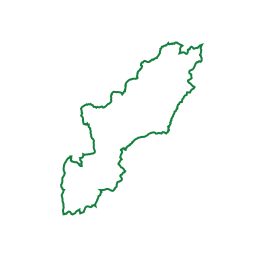 the district of Castilla, Arequipa, Peru, rotated 18°
{"feature_id": "86281439B71643834845538", "entity_name": "Castilla", "entity_type": "district", "adm_level": 2, "iso_a3": "PER", "parent_name": "Peru", "parent_adm1": "Arequipa", "projection": "albers", "projection_center": [-72.31, -15.634], "detail": "fine", "context": "isolated", "style": "outline", "palette": "green", "viewbox_px": 256, "rotation_deg": 18, "n_neighbors": 0, "source": "geoboundaries", "source_scale": "gbopen_adm2", "svg_char_len": 5835}
<svg xmlns="http://www.w3.org/2000/svg" viewBox="0 0 256 256"><g transform="rotate(18 128 128)"><path d="M109.0,223.9L111.8,221.6L112.0,217.2L112.6,215.7L114.0,214.9L117.0,214.8L118.0,213.8L117.9,212.9L118.4,212.8L118.9,212.2L119.5,211.8L121.2,212.3L120.3,210.9L121.1,206.3L120.9,205.5L121.1,205.1L121.2,202.9L121.0,201.9L122.3,200.6L122.2,197.8L122.6,197.3L122.4,196.7L121.6,196.4L121.3,195.6L121.0,195.5L122.8,195.0L124.9,193.9L126.4,192.7L127.4,192.3L128.6,192.2L131.6,192.7L132.6,192.6L133.2,192.3L133.8,191.3L133.9,190.5L134.2,190.3L134.1,189.7L134.4,188.6L135.0,188.0L135.3,187.1L134.7,185.2L134.8,183.6L134.6,183.1L135.0,182.4L135.8,181.8L136.5,181.6L137.0,180.7L137.6,180.3L138.2,178.9L137.3,177.4L135.9,176.6L135.4,175.8L135.7,174.7L136.4,174.5L136.8,173.5L137.0,172.2L138.3,171.3L138.7,169.9L137.9,169.7L136.5,168.3L134.6,167.5L133.8,167.6L133.2,167.3L131.8,166.1L130.4,165.5L129.9,165.0L129.9,164.7L130.6,163.3L130.4,162.7L131.0,160.5L131.7,159.8L130.6,158.8L129.7,158.5L129.5,155.7L129.9,154.5L129.7,154.1L129.9,152.9L129.3,151.8L128.0,151.2L128.0,150.8L128.8,150.3L129.0,149.4L129.8,148.9L130.1,148.9L130.3,148.5L131.2,149.1L131.3,149.5L132.5,149.5L132.6,147.5L132.4,147.2L133.0,146.3L133.1,145.8L134.7,144.0L134.7,143.7L135.1,143.6L135.0,142.9L136.4,141.4L136.3,140.2L137.3,139.4L137.3,138.5L138.7,136.3L139.7,135.5L140.7,134.1L141.3,133.9L143.7,132.3L144.2,132.2L144.9,131.7L145.5,131.7L146.5,131.2L148.9,128.6L149.5,127.3L151.5,125.5L152.2,125.2L152.5,124.8L154.1,124.1L155.5,124.2L156.3,124.7L157.4,124.3L158.6,123.2L160.2,123.1L160.7,122.8L161.5,122.9L162.4,121.1L164.1,120.9L165.3,121.4L166.1,121.3L166.2,120.5L166.8,120.0L167.3,119.1L167.0,118.2L167.5,117.7L167.6,117.1L166.7,116.6L166.5,115.2L165.9,114.6L166.5,114.2L166.1,113.6L166.8,112.8L167.1,110.9L167.1,110.2L166.5,109.9L166.6,108.5L166.9,107.6L166.5,107.4L166.7,106.4L166.4,105.9L166.8,104.9L166.7,104.1L167.2,103.3L167.0,101.5L167.3,101.0L167.5,99.1L167.2,98.0L168.0,97.3L168.3,96.7L168.3,95.1L168.7,94.9L169.0,94.2L168.3,93.0L168.5,92.7L168.3,90.6L168.5,90.1L169.2,89.5L169.2,88.3L169.7,87.2L171.2,86.7L170.8,84.2L171.6,82.3L171.5,81.2L172.2,79.4L173.5,78.5L173.2,75.9L176.1,75.0L176.1,73.9L176.6,72.0L178.3,70.1L178.7,68.7L178.5,68.3L178.0,68.2L177.1,68.4L173.6,66.4L172.4,66.2L171.4,65.7L170.5,64.9L170.4,64.1L172.3,62.2L173.1,61.0L172.0,58.8L171.6,57.5L169.6,57.0L169.0,56.1L168.8,55.3L169.0,54.6L169.6,53.8L171.4,52.3L171.9,51.2L172.4,47.5L172.4,45.8L173.2,44.1L174.1,44.0L174.3,43.2L174.9,42.5L176.3,42.8L177.2,41.4L176.4,38.6L175.4,37.8L175.1,36.9L174.1,36.6L173.8,36.2L174.2,34.9L173.6,31.2L172.4,29.7L172.5,28.4L172.3,27.8L172.6,26.0L171.0,27.2L170.6,28.3L170.0,28.8L169.6,30.2L167.6,31.1L166.4,32.2L166.0,32.3L164.1,31.2L163.1,31.1L162.3,32.6L162.4,33.9L161.3,34.4L160.9,34.9L161.3,35.3L161.0,35.7L161.5,37.9L160.9,39.4L159.9,39.5L159.0,39.0L157.7,38.8L156.7,39.1L153.9,41.1L153.9,38.6L153.0,36.3L153.2,34.5L154.3,32.9L153.0,32.5L151.8,32.6L149.6,32.0L148.7,32.1L148.1,31.6L146.6,32.2L146.0,32.7L146.1,33.5L144.7,33.8L144.3,34.3L143.8,34.1L143.6,34.6L142.7,34.7L141.8,35.3L140.7,35.4L140.5,35.2L140.5,35.5L140.2,35.5L140.3,35.7L140.1,35.7L139.5,36.5L138.7,37.1L138.5,38.0L137.1,38.5L136.4,39.6L135.3,40.0L135.1,40.3L135.1,41.6L134.3,42.7L134.8,43.4L134.6,45.1L135.2,46.8L134.4,50.2L133.8,51.6L133.8,52.4L133.1,52.7L132.9,53.1L131.4,54.2L131.2,55.1L130.4,55.5L129.9,55.4L129.6,56.1L129.4,56.2L129.3,56.5L128.4,57.3L128.4,57.7L127.4,58.9L126.1,59.2L123.7,59.0L123.0,59.1L122.3,59.9L122.1,60.9L121.3,61.1L120.9,62.2L120.6,62.4L120.9,64.3L122.1,64.6L122.3,64.9L122.1,65.7L122.4,66.4L122.1,67.5L121.8,67.7L121.3,68.5L121.4,69.2L120.3,70.9L120.0,72.1L120.3,72.8L120.1,73.1L120.5,74.7L120.6,76.4L121.3,76.8L121.2,77.4L121.5,77.5L121.5,77.8L120.1,78.9L119.3,78.9L116.8,80.0L116.4,80.7L115.7,80.8L114.7,81.5L113.7,82.8L112.5,85.1L112.2,86.5L112.5,87.6L112.3,88.0L112.8,88.4L112.6,89.1L113.1,89.8L113.3,91.8L113.5,92.1L113.2,92.5L113.8,94.0L113.1,94.3L112.8,95.1L112.8,96.4L112.4,96.7L112.1,97.8L110.8,96.6L109.7,96.5L106.5,97.1L106.1,97.5L103.4,97.9L102.5,98.8L102.0,100.3L102.2,100.9L101.8,101.2L102.1,102.0L101.9,103.0L102.9,104.6L103.0,106.1L103.7,107.2L103.9,108.1L102.8,110.4L101.5,111.5L100.3,113.9L99.4,115.2L98.6,116.0L97.7,116.2L97.0,115.6L96.1,115.8L94.4,117.3L92.2,117.4L91.6,118.5L90.4,118.0L88.9,118.5L88.3,118.1L87.7,117.4L85.6,117.1L85.0,116.7L84.5,117.3L83.1,117.5L82.2,118.4L81.3,118.3L81.0,118.9L79.9,119.7L77.9,122.2L77.3,124.1L78.8,126.2L79.0,127.3L79.9,128.0L79.6,129.9L79.7,130.8L80.0,131.0L80.7,131.1L82.2,132.6L82.6,133.8L82.6,134.5L83.3,135.4L83.8,136.8L84.7,137.8L85.1,137.9L86.2,137.4L86.5,137.8L86.8,137.7L87.1,137.2L87.4,137.2L87.7,136.5L88.3,137.5L89.5,136.8L90.4,139.2L92.2,140.0L92.2,140.6L93.5,142.5L94.0,144.5L95.0,145.7L95.6,147.4L96.9,148.9L98.3,149.4L99.4,150.5L99.7,151.2L99.7,152.2L101.0,155.3L101.4,157.3L103.1,159.5L103.9,160.9L103.7,161.9L102.5,163.2L101.3,163.6L99.5,164.9L98.6,165.0L97.9,165.6L96.8,165.9L95.1,166.9L93.5,166.7L94.1,168.5L93.8,170.1L93.6,170.4L91.7,171.4L92.1,171.8L92.4,173.2L94.5,174.5L94.7,175.6L94.3,176.1L95.2,177.2L95.7,178.5L94.5,178.8L93.2,178.4L92.2,177.1L91.3,177.1L89.9,176.4L87.6,177.0L86.5,177.1L84.9,176.8L84.8,177.1L84.5,177.1L83.5,176.2L83.4,174.3L83.0,173.7L82.9,172.5L81.9,172.8L81.5,174.5L80.7,174.7L79.6,177.4L79.4,179.2L79.1,179.7L78.7,181.8L78.7,183.0L79.3,186.6L80.3,188.7L81.9,190.3L81.7,191.3L81.9,192.5L81.0,195.9L82.2,199.5L82.2,201.7L81.9,202.8L83.1,205.0L84.2,205.5L84.7,206.5L86.3,206.6L86.0,207.5L86.2,208.9L85.7,212.3L86.3,213.6L87.4,215.2L88.4,217.9L90.2,220.3L90.5,221.7L91.4,223.4L91.6,226.5L93.4,230.0L94.1,229.7L94.7,228.9L95.9,228.7L96.1,227.6L97.6,225.7L98.9,225.7L100.8,227.3L102.1,227.3L102.5,226.5L103.5,226.0L104.0,225.5L104.7,223.2L107.0,220.6L107.2,221.3L107.5,221.9L108.1,222.3L109.0,223.9Z" fill="none" stroke="#15803d" stroke-width="2"/></g></svg>